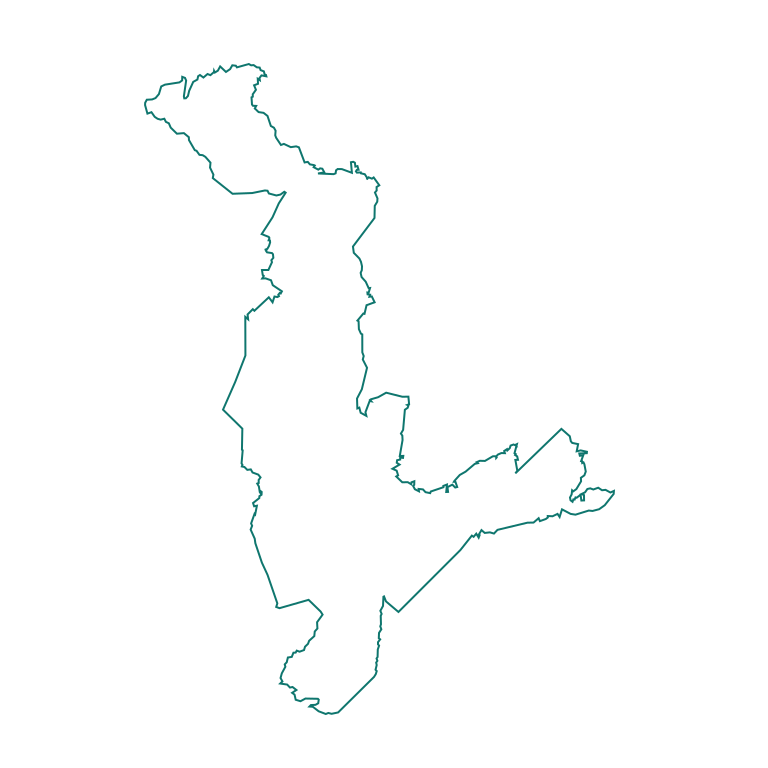 the district of Tenamaxtlán, Jalisco, Mexico, rotated 177°
{"feature_id": "50627088B22076648186197", "entity_name": "Tenamaxtlán", "entity_type": "district", "adm_level": 2, "iso_a3": "MEX", "parent_name": "Mexico", "parent_adm1": "Jalisco", "projection": "robinson", "projection_center": [-104.169, 20.135], "detail": "fine", "context": "isolated", "style": "outline", "palette": "teal", "viewbox_px": 768, "rotation_deg": 177, "n_neighbors": 0, "source": "geoboundaries", "source_scale": "gbopen_adm2", "svg_char_len": 6138}
<svg xmlns="http://www.w3.org/2000/svg" viewBox="0 0 768 768"><g transform="rotate(177 384 384)"><path d="M222.6,243.1L217.5,245.2L215.6,242.0L212.8,249.5L204.4,244.5L199.6,243.5L186.1,246.9L182.4,246.3L175.7,247.7L169.9,251.4L160.4,262.2L160.0,265.2L163.6,263.8L168.3,266.7L171.8,266.5L175.5,269.2L180.5,267.7L183.5,269.0L186.4,268.5L188.9,265.3L192.5,263.8L190.1,262.6L190.3,257.3L193.0,257.3L193.5,263.1L197.6,260.3L198.7,260.7L199.7,258.6L200.9,258.9L201.9,256.5L203.8,258.1L204.2,260.9L202.4,263.9L201.7,268.0L200.6,266.9L197.4,269.0L192.3,276.5L192.3,280.0L188.7,282.3L187.1,286.0L188.1,293.4L188.9,295.3L190.2,294.7L190.4,296.8L191.1,296.8L188.8,302.3L192.2,302.1L192.6,304.4L185.1,304.3L184.9,305.7L191.1,307.4L195.1,306.7L193.3,313.8L199.1,315.3L200.4,317.0L201.2,322.1L209.2,329.9L257.5,287.9L255.4,290.4L256.8,301.3L254.2,301.3L254.8,304.8L256.8,306.2L256.1,307.1L257.3,308.0L254.4,317.0L255.6,316.5L255.2,315.5L257.8,316.8L260.8,315.9L261.8,313.3L264.3,311.2L264.6,312.5L267.5,310.8L266.9,308.6L270.4,308.9L273.9,307.6L275.7,305.9L275.3,304.8L275.8,304.3L275.8,306.0L279.1,306.1L287.2,301.9L292.3,302.3L295.5,301.1L294.5,300.0L297.5,299.5L307.1,292.2L313.1,289.2L318.7,283.6L319.3,282.7L317.8,282.6L316.3,277.3L318.3,276.9L321.0,279.9L326.0,277.7L325.7,272.9L327.5,272.9L326.4,280.3L330.1,279.1L330.1,277.8L342.9,274.2L343.6,272.6L348.2,273.8L350.6,276.7L354.9,277.4L354.7,275.0L358.7,277.3L360.2,280.6L359.1,281.7L358.8,285.3L361.7,284.4L362.0,282.4L365.4,284.7L370.9,284.9L376.6,291.0L374.7,292.0L375.9,296.8L380.0,298.9L372.7,302.7L375.4,304.7L374.9,307.2L371.8,307.7L371.7,309.7L368.9,309.2L368.5,311.2L372.0,311.3L368.4,327.1L368.4,331.5L369.7,333.6L367.3,337.2L364.5,357.2L361.6,359.0L360.7,361.3L361.8,361.9L360.0,362.5L360.3,370.1L366.3,370.3L382.3,375.2L390.6,371.1L397.9,369.4L398.7,368.9L397.6,367.4L399.2,367.8L404.0,356.8L403.3,353.1L408.8,356.5L409.9,361.7L411.9,361.0L411.7,370.9L406.4,379.9L400.1,401.1L403.9,409.6L402.8,413.0L404.0,416.7L403.1,434.7L404.4,435.5L406.2,440.1L406.1,448.0L407.2,448.7L400.9,455.5L399.8,455.1L397.3,463.6L389.1,466.1L391.6,472.1L394.0,471.9L393.2,473.9L395.7,474.4L395.8,476.3L394.5,476.2L392.9,480.6L394.3,480.5L396.9,487.1L400.8,492.0L401.5,496.2L400.2,498.8L399.8,502.7L400.6,507.2L402.0,510.6L407.3,516.6L407.8,522.9L384.8,550.3L383.9,562.4L381.2,566.4L380.8,569.7L383.0,575.7L381.2,577.6L381.1,581.1L378.3,582.7L383.5,590.8L385.3,589.7L388.6,591.2L390.5,589.2L390.0,590.6L392.2,594.5L396.0,595.6L396.1,596.5L400.0,596.5L400.9,597.8L399.9,599.3L398.2,599.3L399.1,603.0L401.2,602.6L401.5,606.5L403.1,607.5L405.4,607.2L405.0,596.6L414.8,600.8L419.0,601.1L420.7,599.9L421.3,596.9L423.3,596.2L438.9,597.7L432.5,598.4L434.3,602.2L436.5,602.7L438.4,601.5L442.9,604.2L441.7,605.8L442.6,606.3L446.5,607.2L448.5,609.8L451.7,609.4L456.6,624.8L459.3,625.9L464.7,625.4L471.4,629.0L474.4,628.1L478.8,635.5L479.6,638.0L479.0,642.6L480.5,645.7L483.5,647.6L486.3,657.8L490.1,661.1L495.0,662.1L498.6,665.9L497.1,668.4L500.3,668.7L501.2,670.0L501.3,677.2L500.0,677.8L499.9,680.2L496.5,684.5L498.1,689.1L494.1,690.4L494.1,695.4L492.1,693.9L492.3,696.1L490.2,698.6L485.4,697.4L485.7,698.8L487.0,699.4L487.6,702.5L490.8,703.9L491.6,706.5L494.4,706.9L497.5,709.3L500.0,709.2L502.3,710.6L514.3,707.9L515.3,709.6L518.8,710.2L521.2,706.5L525.5,703.9L531.0,709.7L533.5,705.6L536.6,703.9L537.3,705.6L537.5,704.4L541.2,701.5L544.0,702.8L548.3,699.5L551.6,702.2L553.5,701.1L554.4,697.8L558.7,695.7L563.2,687.0L564.7,681.9L566.9,679.7L568.5,679.7L568.8,681.8L565.7,697.4L566.7,700.1L569.4,701.3L569.7,697.7L572.5,695.9L587.1,694.4L590.9,692.8L593.6,685.3L597.2,681.5L600.7,680.3L606.0,680.3L607.8,677.3L608.0,675.0L606.1,666.4L602.0,667.6L599.0,662.8L596.2,660.7L593.2,659.7L589.5,660.4L588.1,657.2L585.2,655.6L583.6,651.2L577.7,644.8L570.7,645.0L566.0,640.7L566.0,637.8L560.7,627.4L559.0,626.7L556.3,622.5L553.1,622.0L550.5,620.2L545.7,614.1L546.4,609.2L543.4,602.0L544.2,598.6L525.3,581.9L505.6,581.6L492.8,583.5L490.2,583.1L489.0,580.3L481.6,577.9L477.5,578.6L473.5,581.2L472.2,580.2L479.6,569.9L486.6,556.3L498.3,540.1L491.4,536.9L490.8,535.8L491.7,533.5L490.4,533.3L490.3,531.4L491.6,527.9L493.4,525.1L496.1,524.2L494.2,524.3L494.7,522.8L493.9,521.6L489.0,520.6L488.1,519.4L487.9,515.8L490.0,513.5L489.5,511.5L493.5,503.9L499.9,504.2L499.4,499.2L498.4,498.2L500.1,495.7L496.8,495.7L491.4,493.5L489.9,488.5L481.1,481.9L482.4,479.8L483.3,480.4L484.9,478.6L484.3,477.2L485.9,476.4L488.8,477.1L491.0,471.4L494.5,476.6L509.6,463.9L511.1,465.6L516.6,460.6L516.3,455.7L519.0,458.3L520.9,419.7L532.5,393.8L546.1,366.8L527.8,346.8L529.3,325.8L528.6,325.2L530.4,312.2L529.6,310.7L530.3,309.1L527.7,308.4L525.0,305.4L521.5,305.7L519.9,302.5L514.3,300.1L512.2,297.2L514.2,294.7L514.3,291.7L515.8,291.2L514.3,288.2L513.7,282.5L513.0,281.4L512.5,283.2L511.8,282.6L512.1,279.8L514.3,278.5L514.5,276.6L521.0,272.0L520.1,268.7L517.3,269.1L519.5,260.4L520.1,261.1L524.0,251.7L523.1,249.3L524.8,245.6L521.2,236.3L520.8,231.7L515.3,212.0L510.3,199.5L502.0,170.5L503.3,167.0L500.1,165.6L470.6,172.4L459.2,160.1L457.4,156.9L463.3,149.6L463.3,143.3L466.1,140.5L466.8,135.9L472.2,131.5L473.5,128.5L476.6,125.8L477.8,122.5L482.3,121.1L485.1,122.3L486.3,120.4L488.5,120.4L490.4,116.3L494.3,115.9L495.7,111.2L497.8,109.2L497.3,106.8L501.2,100.4L502.7,95.8L501.0,92.3L503.3,90.3L496.4,88.9L493.8,85.8L491.2,86.2L487.5,83.0L491.9,80.4L489.6,78.5L488.7,73.3L484.0,71.6L478.9,74.0L466.5,73.1L465.7,72.2L466.4,68.6L469.2,67.2L473.8,67.2L475.3,65.8L472.0,65.4L466.4,60.6L459.4,57.5L456.8,58.4L453.6,57.4L447.0,58.4L409.3,92.0L407.4,94.7L406.3,97.7L407.4,99.1L406.0,103.7L406.4,106.2L405.1,107.9L405.8,110.3L404.7,111.7L404.1,119.2L402.6,123.0L403.6,124.3L403.5,126.5L401.2,129.2L402.5,130.4L402.0,135.7L399.5,139.2L400.4,142.2L399.6,144.2L399.4,152.7L398.4,154.5L399.5,157.7L396.6,162.4L395.7,171.6L395.1,171.9L393.4,166.8L381.5,155.6L316.4,214.2L304.2,228.0L302.5,226.7L299.7,229.7L297.5,225.6L296.4,228.1L297.1,228.8L294.3,233.0L291.2,230.0L286.0,230.3L282.0,228.9L278.3,232.4L248.0,238.0L241.9,237.8L236.6,241.9L235.5,238.9L229.5,240.7L227.4,242.1L227.4,243.6L222.6,243.1Z" fill="none" stroke="#0f766e" stroke-width="2"/></g></svg>